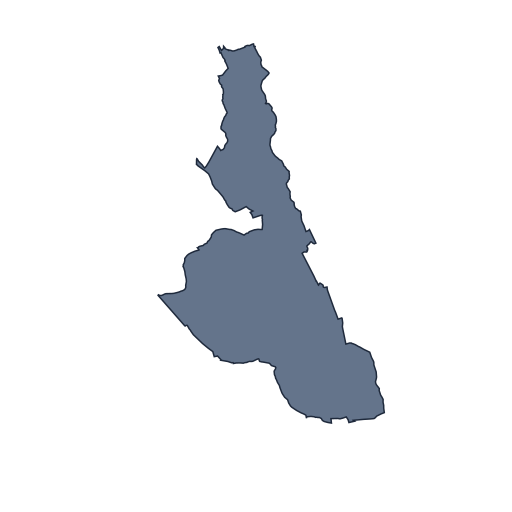 outline of Bontida, Cluj, Romania, rotated 240°
{"feature_id": "2599482B64143307562528", "entity_name": "Bontida", "entity_type": "district", "adm_level": 2, "iso_a3": "ROU", "parent_name": "Romania", "parent_adm1": "Cluj", "projection": "equal_earth", "projection_center": [23.849, 46.902], "detail": "fine", "context": "isolated", "style": "filled", "palette": "slate", "viewbox_px": 512, "rotation_deg": 240, "n_neighbors": 0, "source": "geoboundaries", "source_scale": "gbopen_adm2", "svg_char_len": 6111}
<svg xmlns="http://www.w3.org/2000/svg" viewBox="0 0 512 512"><g transform="rotate(240 256 256)"><path d="M438.2,360.5L438.1,360.0L438.4,359.0L440.9,359.9L441.3,358.7L441.5,355.5L442.5,354.2L442.9,352.9L443.0,351.2L442.5,351.1L442.5,350.3L443.4,344.6L443.9,344.1L444.0,342.3L444.6,339.5L445.4,338.0L446.9,336.8L447.2,336.1L448.0,335.6L447.7,335.1L448.7,334.6L450.3,333.3L451.4,332.7L451.8,333.2L453.8,332.8L452.5,332.0L452.0,331.4L451.5,329.9L451.3,328.9L455.8,328.9L455.6,327.3L452.9,327.1L449.7,326.4L449.6,327.3L444.4,326.7L442.6,327.1L440.7,327.0L440.5,326.5L437.3,326.4L432.4,325.7L431.4,322.3L429.4,317.5L429.8,315.8L430.7,313.3L427.9,313.1L427.4,312.3L426.5,311.4L424.8,311.1L422.6,311.1L421.1,311.7L420.0,310.9L419.4,310.8L417.8,311.1L417.0,311.0L414.3,309.8L412.6,308.7L412.4,307.9L411.5,307.6L410.3,306.7L408.7,306.0L408.1,304.9L407.3,304.3L406.2,304.4L404.3,303.7L403.2,303.8L399.2,303.1L394.9,302.8L394.2,302.3L393.9,301.3L392.8,300.0L392.2,298.3L391.2,296.9L390.1,295.8L389.5,294.7L387.8,292.8L386.2,291.4L385.8,290.6L384.4,289.7L383.6,289.3L382.9,289.4L378.6,291.0L377.5,291.1L376.5,290.8L376.0,290.3L375.2,290.0L373.9,289.8L371.3,289.8L369.6,288.9L368.5,287.3L368.1,285.9L367.3,284.3L365.7,282.9L365.3,282.4L364.7,280.7L365.0,279.0L365.0,278.2L367.2,278.1L370.3,277.5L360.9,262.1L358.6,257.8L357.9,255.6L359.5,255.1L361.6,255.0L366.8,253.6L369.5,253.6L369.9,253.4L369.3,252.8L365.0,250.2L364.2,250.6L363.1,250.8L355.3,254.4L350.8,256.0L347.6,255.8L343.1,255.1L340.1,254.2L335.3,254.4L334.1,254.6L332.1,255.5L324.8,256.8L323.0,257.0L321.2,256.9L319.5,257.0L318.8,257.3L317.6,256.9L315.2,256.8L311.6,257.0L309.9,257.8L309.1,258.7L307.1,258.7L304.7,260.1L303.9,265.3L303.7,272.2L300.3,273.4L296.5,275.8L296.7,272.8L293.9,273.1L290.5,272.5L289.0,279.9L288.4,281.6L288.0,281.9L286.9,280.9L285.7,280.2L284.3,279.8L283.8,279.3L280.0,277.5L275.9,274.6L276.4,273.6L278.1,271.1L279.5,267.6L280.4,262.3L279.8,260.7L280.4,259.1L280.1,256.1L283.8,253.5L285.7,252.0L286.3,251.3L288.9,249.8L291.4,247.7L292.3,246.3L294.8,243.4L295.6,242.1L296.7,239.4L298.3,234.2L297.6,230.9L296.6,228.1L294.9,226.8L294.4,226.0L292.9,223.0L292.8,221.5L291.7,220.0L292.0,217.1L291.5,215.6L292.5,212.2L292.6,211.0L292.5,210.6L292.1,210.1L292.4,209.4L289.8,209.7L289.8,209.0L290.7,205.6L291.2,201.6L291.3,198.6L290.9,196.5L289.5,193.1L287.5,191.9L285.9,190.4L284.8,188.6L283.3,187.8L283.3,187.6L281.7,187.5L278.1,186.6L275.0,185.3L271.1,184.1L268.6,182.9L265.7,180.4L264.2,179.7L263.5,179.0L262.7,177.7L262.6,176.8L262.6,175.2L263.1,173.2L263.2,171.8L263.8,169.4L264.7,166.3L265.5,164.5L268.4,159.2L268.7,158.0L268.9,155.1L269.2,154.1L270.0,152.9L271.2,152.1L270.9,151.5L231.2,159.4L230.8,159.6L230.9,160.0L230.8,160.8L230.5,161.6L230.0,161.8L226.3,161.7L224.4,162.1L223.5,162.0L219.1,162.4L207.0,165.9L200.1,168.5L194.8,170.8L189.7,169.5L188.6,172.7L183.7,173.8L183.4,173.3L178.7,178.9L175.7,181.5L175.1,182.9L174.6,182.9L174.2,182.7L173.2,185.5L171.2,189.0L169.5,191.5L169.3,192.8L168.4,194.9L168.4,195.7L168.0,197.6L166.7,199.8L166.4,200.8L166.1,204.9L165.9,206.2L165.6,206.9L164.8,206.9L163.7,206.5L162.9,206.5L161.4,208.0L160.7,209.0L156.7,213.7L156.1,214.1L153.4,214.6L150.4,217.3L149.6,217.4L148.4,216.4L147.6,214.7L147.0,214.0L143.9,212.6L142.1,212.5L140.1,211.8L139.1,211.9L135.7,211.4L132.2,211.5L130.0,210.9L124.4,210.0L123.0,210.0L119.3,210.2L115.7,211.5L112.4,210.8L108.8,210.9L107.1,211.4L102.0,213.9L97.5,216.7L95.7,218.1L93.5,219.5L93.1,219.6L90.3,218.6L91.4,219.5L89.6,223.4L87.6,226.1L86.6,226.8L85.9,228.1L85.2,228.8L84.4,230.2L82.6,231.3L80.4,231.3L78.6,232.3L75.8,235.1L73.6,237.8L77.7,239.6L74.4,245.6L73.0,247.3L72.2,250.2L71.5,253.7L68.2,253.9L65.3,253.2L63.7,258.5L64.3,258.1L65.1,258.0L60.7,267.6L57.7,273.6L56.2,276.9L56.3,278.3L57.0,280.5L56.7,285.4L56.2,288.8L60.3,290.5L62.8,291.9L65.8,292.9L68.3,294.4L71.1,294.5L73.2,294.4L77.9,295.4L79.6,296.5L84.0,295.9L85.8,296.0L87.5,296.7L89.8,299.0L90.9,299.9L95.5,302.1L102.7,303.6L104.9,304.8L105.9,305.1L110.3,305.3L115.8,306.4L121.2,302.7L125.2,300.4L126.5,299.4L129.4,297.8L131.7,296.0L132.2,295.3L132.8,295.2L133.8,293.7L134.8,289.8L150.1,294.9L151.7,295.5L154.6,297.6L159.0,299.4L159.5,299.3L160.3,295.5L167.1,296.7L169.8,297.0L190.2,300.7L191.3,301.0L193.6,302.0L194.0,301.1L194.1,300.4L194.6,299.4L195.2,298.9L195.6,298.8L196.9,299.4L197.6,299.4L200.4,298.0L200.6,297.4L199.5,295.6L199.8,295.5L204.0,295.8L204.1,295.5L204.6,295.6L209.8,296.1L235.3,297.3L235.5,299.6L234.2,301.7L234.2,302.3L234.9,303.1L235.5,303.0L235.5,303.9L235.9,304.0L236.8,304.7L238.8,304.8L239.3,305.1L239.5,306.3L239.7,306.6L239.9,308.2L240.9,310.3L240.8,310.7L240.6,311.0L238.6,311.7L237.6,312.4L237.4,312.6L237.2,314.3L252.2,315.5L251.9,314.5L251.9,313.3L252.2,311.5L258.2,312.7L263.4,313.1L267.5,314.7L268.9,315.8L272.7,316.8L273.6,315.8L276.7,314.7L277.2,314.1L279.1,314.1L281.1,314.6L282.8,315.5L283.6,315.7L286.8,314.4L289.3,314.6L290.3,315.4L292.8,316.4L294.6,317.7L298.7,317.6L299.5,317.3L303.3,318.3L304.1,319.2L304.5,320.8L305.4,321.6L306.1,323.4L307.8,324.3L309.0,325.3L311.6,326.3L312.7,327.0L315.8,325.9L318.4,325.8L320.3,325.1L321.5,325.6L325.5,325.8L328.1,324.3L329.9,323.8L332.1,322.9L333.5,322.5L337.7,322.0L338.9,322.4L341.9,322.6L343.0,323.1L344.7,323.4L345.6,323.8L348.8,326.2L350.5,327.3L351.9,329.5L352.1,331.0L352.4,331.4L352.4,332.0L353.0,333.5L353.8,334.3L354.6,335.9L356.2,336.9L357.8,337.1L358.5,337.7L359.6,338.1L360.3,338.7L360.4,339.1L362.5,341.1L364.2,342.0L366.7,343.0L368.7,343.1L371.9,342.9L373.0,342.5L374.1,342.4L375.0,342.8L375.3,343.1L375.3,343.3L376.1,343.9L376.5,344.0L377.5,344.0L381.3,343.3L382.3,342.5L382.7,340.9L383.3,340.5L384.2,341.9L385.0,342.5L387.3,342.9L389.9,344.1L391.5,344.3L396.6,343.9L397.2,344.0L400.0,344.9L400.9,345.3L401.7,346.0L404.4,348.8L405.0,349.8L405.2,351.1L405.5,351.8L405.5,352.4L406.4,354.5L407.0,357.0L407.6,358.4L408.0,358.8L410.0,358.5L416.9,355.7L418.4,356.1L419.1,356.0L420.8,356.7L421.7,357.2L422.8,358.5L423.1,358.6L426.0,359.2L427.6,358.8L429.3,358.7L432.0,358.8L433.0,359.0L433.8,358.8L434.4,359.0L436.5,359.0L437.4,359.5L438.2,360.5Z" fill="#64748b" stroke="#1e293b" stroke-width="1.5"/></g></svg>